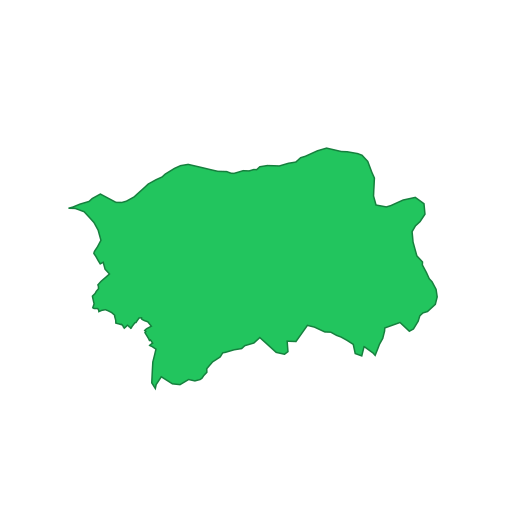 Jos South, Plateau, Nigeria, rotated 230°
{"feature_id": "59680162B91711719497512", "entity_name": "Jos South", "entity_type": "district", "adm_level": 2, "iso_a3": "NGA", "parent_name": "Nigeria", "parent_adm1": "Plateau", "projection": "orthographic", "projection_center": [8.842, 9.759], "detail": "fine", "context": "isolated", "style": "filled", "palette": "green", "viewbox_px": 512, "rotation_deg": 230, "n_neighbors": 0, "source": "geoboundaries", "source_scale": "gbopen_adm2", "svg_char_len": 3100}
<svg xmlns="http://www.w3.org/2000/svg" viewBox="0 0 512 512"><g transform="rotate(230 256 256)"><path d="M219.2,93.7L221.7,96.9L224.2,105.3L224.4,105.8L211.8,109.8L206.3,115.1L204.7,125.0L199.6,128.9L197.3,133.8L197.1,136.0L198.0,139.2L198.5,143.6L201.3,145.8L202.8,154.6L201.7,163.7L203.2,168.2L202.4,169.7L202.0,170.3L198.2,179.0L194.3,185.5L194.5,189.8L190.7,198.5L191.0,204.9L191.1,206.5L169.2,209.5L162.4,214.7L162.2,219.0L170.7,225.1L165.3,231.1L164.8,231.6L169.8,250.8L163.9,255.1L153.6,259.9L149.7,264.2L149.6,264.3L143.4,266.7L139.4,269.0L133.2,271.4L125.8,273.7L117.5,269.3L111.5,272.8L117.1,280.5L116.8,280.7L106.4,283.3L103.3,283.4L106.7,289.7L109.0,293.8L111.4,300.1L115.9,306.3L118.1,308.4L112.5,323.6L99.8,325.1L98.9,329.7L101.8,338.3L104.9,343.1L105.1,347.3L103.2,351.7L103.5,358.1L103.7,362.3L108.2,368.5L114.7,372.5L123.1,374.3L127.3,374.1L133.7,375.9L142.2,377.7L144.4,379.7L152.7,379.3L158.2,381.8L165.6,385.2L165.8,385.3L169.8,388.1L174.3,391.2L176.6,397.5L176.9,403.8L179.4,412.3L188.1,418.3L198.5,415.7L204.3,404.7L206.1,398.3L207.9,391.8L209.8,387.4L217.9,380.7L226.4,384.6L230.8,388.6L233.0,390.7L239.6,396.8L245.9,398.6L256.6,402.4L265.0,402.0L269.1,399.7L277.2,392.9L281.2,388.5L287.2,384.0L293.3,379.4L297.1,370.7L298.9,364.2L300.7,357.8L302.6,353.4L302.4,347.3L302.3,347.0L306.2,340.4L310.0,331.7L312.0,329.5L314.0,327.3L318.0,322.8L321.9,316.3L321.7,312.0L322.1,311.6L323.7,309.8L325.6,305.4L329.6,301.0L331.5,296.6L333.4,292.3L335.4,290.1L339.5,287.8L340.4,286.8L343.5,283.3L345.5,281.1L351.6,276.5L357.7,272.0L363.7,267.5L369.8,262.9L373.7,256.3L375.5,249.9L377.1,239.1L376.9,234.9L378.7,228.4L380.4,219.8L380.1,213.4L379.8,204.9L379.6,200.6L381.3,192.0L383.2,187.7L387.1,183.2L403.5,176.6L405.3,167.5L405.1,163.2L408.9,154.5L411.2,147.2L413.1,143.1L408.6,148.1L400.4,152.8L394.1,153.1L385.8,153.4L377.3,151.7L370.3,148.5L367.7,147.3L364.9,140.4L363.6,135.9L363.0,134.5L362.1,133.4L358.8,133.1L354.1,132.2L350.1,131.6L349.4,134.9L342.9,131.9L336.4,132.2L336.2,121.0L335.5,116.3L334.3,115.9L332.2,114.4L331.6,110.9L330.7,108.6L330.4,104.9L329.8,104.5L323.4,101.2L321.3,97.7L320.1,98.1L319.3,98.8L318.0,100.4L317.5,100.9L317.1,100.9L316.6,100.9L315.9,100.7L315.1,100.4L314.4,99.9L313.5,102.9L311.7,106.1L309.1,107.5L305.6,109.0L305.1,109.1L301.9,109.6L300.9,109.4L300.6,108.9L298.8,108.1L296.9,107.2L294.7,105.5L293.8,106.1L292.0,107.4L290.1,108.6L290.3,108.9L290.1,109.1L289.5,109.1L289.4,109.2L289.1,109.2L288.5,109.2L288.1,109.1L287.8,109.1L287.3,109.0L286.9,108.8L286.3,108.9L285.4,108.7L285.4,110.5L285.6,113.0L284.2,113.4L283.3,113.3L282.5,113.7L281.8,113.6L281.1,113.6L281.0,114.0L281.7,115.8L282.7,120.3L282.2,121.3L282.7,122.9L283.7,126.6L282.2,128.6L281.2,127.9L280.1,128.2L278.2,129.0L277.2,129.6L275.1,130.8L274.3,130.8L269.5,130.7L270.5,125.9L270.6,124.7L270.5,122.9L269.0,123.1L268.7,121.7L261.6,120.6L259.8,120.1L259.6,121.2L255.7,120.8L255.9,118.8L255.9,117.1L255.4,117.2L253.7,118.1L252.7,118.4L248.9,119.5L248.0,118.2L245.6,115.0L241.1,108.8L234.6,102.7L228.0,96.6L225.8,94.6L219.2,93.7Z" fill="#22c55e" stroke="#15803d" stroke-width="1.5"/></g></svg>